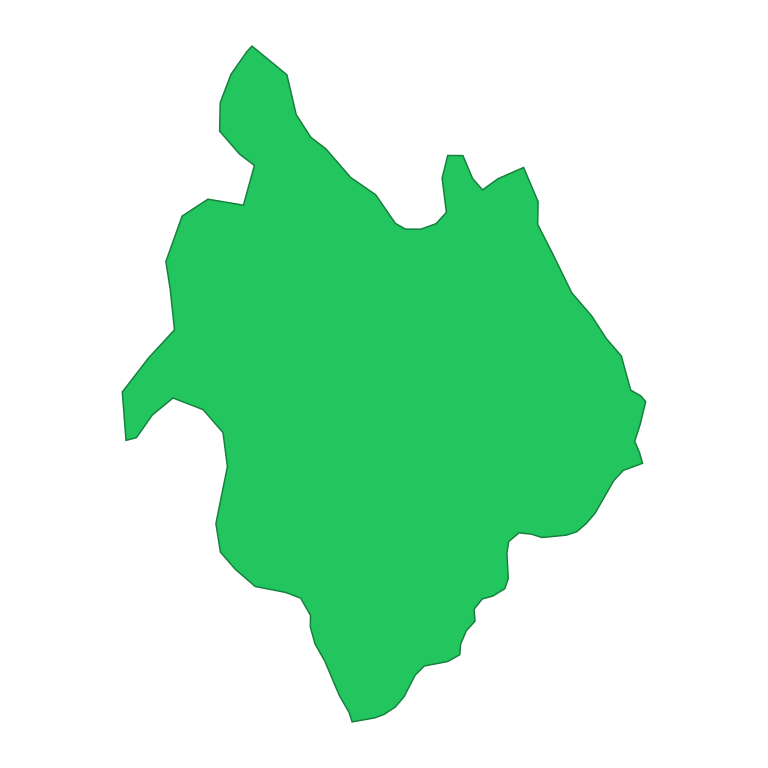 Nyongbyon, P'yŏngan-bukto, North Korea
{"feature_id": "82179303B72509498170942", "entity_name": "Nyongbyon", "entity_type": "district", "adm_level": 2, "iso_a3": "PRK", "parent_name": "North Korea", "parent_adm1": "P'yŏngan-bukto", "projection": "equal_earth", "projection_center": [125.784, 39.823], "detail": "fine", "context": "isolated", "style": "filled", "palette": "green", "viewbox_px": 768, "rotation_deg": 0, "n_neighbors": 0, "source": "geoboundaries", "source_scale": "gbopen_adm2", "svg_char_len": 1339}
<svg xmlns="http://www.w3.org/2000/svg" viewBox="0 0 768 768"><path d="M480.7,600.9L482.3,598.9L492.7,596.1L504.8,588.7L508.3,578.4L506.9,553.4L508.7,541.5L519.0,532.9L531.2,534.1L542.0,537.5L566.2,535.2L576.6,531.8L586.5,523.3L595.2,513.0L613.8,480.6L623.3,470.4L642.5,463.3L639.6,452.8L634.7,441.3L640.2,424.3L645.7,401.6L640.8,395.9L630.7,390.1L626.0,373.0L621.3,355.9L606.4,338.7L591.6,315.8L571.8,292.9L552.3,253.0L537.7,224.4L538.1,201.7L523.6,167.5L518.5,169.7L498.0,178.7L482.5,189.9L472.6,178.5L462.9,155.6L447.7,155.5L442.1,178.2L446.4,212.4L436.0,223.7L420.7,229.2L405.4,229.1L395.4,223.4L375.7,194.8L350.7,177.5L325.9,148.9L310.9,137.4L296.2,114.6L286.9,74.8L252.0,46.1L250.4,47.8L246.8,51.7L231.0,74.3L220.2,102.7L219.6,131.1L239.4,154.0L254.4,165.5L243.4,205.2L207.9,199.2L182.1,216.1L165.9,261.5L170.3,289.9L174.5,329.8L148.5,358.0L122.3,392.0L126.0,440.4L136.5,437.6L152.3,415.0L173.0,398.0L203.2,409.7L223.0,432.6L227.4,466.7L221.6,495.2L215.9,523.6L220.4,552.1L235.3,569.3L255.2,586.5L285.6,592.4L300.7,598.2L310.5,615.4L310.3,626.8L315.0,643.9L324.8,661.1L329.6,672.5L339.3,695.4L349.1,712.5L352.1,721.9L375.0,717.8L384.1,714.4L395.3,707.0L404.0,696.8L415.2,675.1L424.3,666.0L447.7,661.5L459.8,654.7L460.7,643.9L466.3,630.8L475.0,621.1L474.1,609.2L480.7,600.9Z" fill="#22c55e" stroke="#15803d" stroke-width="1.5"/></svg>